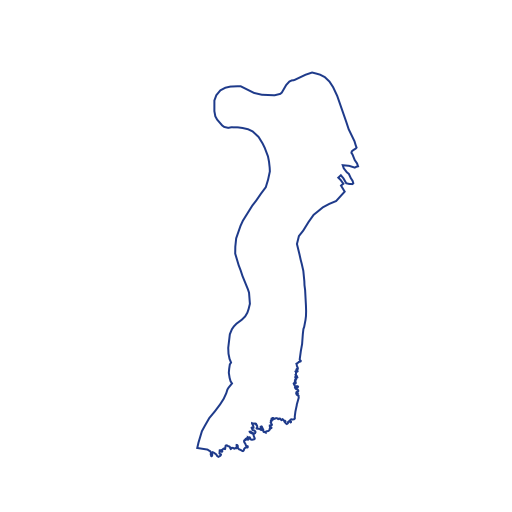 outline of Hadxaifong, Vientiane [prefecture], Laos, rotated 140°
{"feature_id": "54806243B62960887748037", "entity_name": "Hadxaifong", "entity_type": "district", "adm_level": 2, "iso_a3": "LAO", "parent_name": "Laos", "parent_adm1": "Vientiane [prefecture]", "projection": "equal_earth", "projection_center": [102.809, 17.911], "detail": "fine", "context": "isolated", "style": "outline", "palette": "blue", "viewbox_px": 512, "rotation_deg": 140, "n_neighbors": 0, "source": "geoboundaries", "source_scale": "gbopen_adm2", "svg_char_len": 6135}
<svg xmlns="http://www.w3.org/2000/svg" viewBox="0 0 512 512"><g transform="rotate(140 256 256)"><path d="M385.6,114.8L385.0,115.0L384.7,115.7L385.5,116.8L385.5,117.3L384.9,119.0L384.7,120.7L384.5,121.3L384.1,121.9L383.7,122.2L383.1,122.3L382.7,121.9L382.4,121.9L381.4,122.6L381.2,122.5L381.1,122.1L381.1,121.5L381.0,121.2L379.9,120.3L379.6,120.4L379.5,120.8L380.1,122.0L379.8,122.3L379.5,122.2L379.4,121.8L379.1,121.8L378.7,122.4L378.4,121.7L377.6,121.4L377.4,121.1L377.5,120.4L377.9,119.2L377.8,118.5L377.2,117.8L375.3,116.8L374.5,116.8L374.2,117.1L373.5,119.3L373.1,120.2L372.7,120.7L372.6,121.3L372.7,121.9L373.9,124.4L373.9,125.3L373.8,125.5L373.4,125.3L373.0,124.9L372.9,124.0L372.3,122.5L371.9,121.7L371.3,121.0L370.6,120.9L369.6,121.4L369.3,122.0L369.4,123.0L369.6,123.6L370.3,124.5L370.5,125.0L370.3,125.4L370.0,126.6L369.8,127.2L369.3,127.2L368.8,126.3L368.4,126.0L368.1,126.2L367.3,127.7L366.7,130.3L366.5,130.5L366.0,129.6L364.1,128.0L364.0,127.8L364.5,127.7L364.5,127.1L364.2,126.8L364.1,125.9L364.4,125.0L365.2,123.9L366.1,123.8L366.4,123.5L366.3,123.2L364.7,121.5L364.3,121.0L364.1,119.8L363.4,118.9L363.1,119.0L362.6,119.3L362.1,120.3L362.6,121.4L362.5,121.9L362.2,122.2L361.3,121.9L361.2,121.6L361.9,119.2L362.0,118.4L362.8,117.6L363.2,116.3L363.0,116.0L362.4,115.7L362.2,115.5L362.3,114.8L362.1,114.4L361.4,115.1L360.5,114.9L359.8,114.4L358.9,114.0L357.4,114.1L356.6,114.4L356.4,115.0L356.1,115.1L355.7,115.0L354.9,114.3L354.6,114.4L354.5,114.7L354.7,115.1L355.1,115.3L355.2,115.7L355.1,116.4L354.4,117.3L354.2,117.2L354.1,116.8L353.9,116.6L353.1,116.8L352.8,116.4L352.4,116.4L352.2,116.6L351.8,119.1L351.5,119.3L351.1,119.1L350.8,119.2L350.4,120.3L350.2,120.3L349.9,120.0L349.6,119.9L349.4,120.1L349.1,121.1L348.6,121.4L348.4,121.2L348.5,120.3L348.3,119.8L348.1,119.8L347.9,119.9L347.8,120.6L347.3,121.1L346.8,120.6L346.7,119.7L346.5,119.3L345.1,119.0L344.4,118.5L344.1,118.0L343.9,116.8L343.4,116.4L342.7,116.6L342.0,115.8L342.1,114.9L342.0,113.9L341.4,113.7L340.6,113.9L340.4,113.3L340.3,112.8L340.5,111.9L340.4,111.5L340.3,111.3L339.7,111.0L339.7,110.5L340.7,110.4L340.7,108.6L340.4,107.5L339.1,107.4L338.2,108.2L336.8,108.2L336.5,106.3L336.1,106.2L335.7,106.6L335.9,107.8L335.6,108.2L334.7,108.4L333.9,108.2L333.1,107.2L331.6,106.4L330.7,106.6L329.4,108.2L325.7,111.6L320.8,115.4L320.2,116.0L314.6,119.8L314.0,120.4L313.7,121.0L313.2,121.6L313.8,122.9L313.9,123.8L313.8,124.1L313.0,123.5L312.5,123.5L312.5,124.0L313.1,124.6L313.1,124.9L312.8,124.8L312.5,125.0L312.3,125.7L311.9,125.7L311.6,125.2L311.0,125.1L310.5,125.3L310.1,125.8L309.9,126.8L309.9,127.3L310.1,127.6L310.6,127.9L310.9,128.6L310.9,129.4L310.7,130.0L310.4,129.9L310.2,129.0L310.0,128.9L309.4,129.7L308.5,128.9L308.2,128.7L307.8,128.9L307.8,129.4L308.3,130.0L309.5,130.6L309.8,131.2L309.4,133.1L309.1,134.1L308.7,134.2L308.2,134.1L307.9,133.2L307.7,133.0L307.4,133.0L307.1,133.2L306.9,133.6L306.9,134.9L306.7,135.1L306.4,134.9L305.9,134.9L305.7,135.2L305.6,136.0L305.3,136.1L304.7,135.8L304.3,135.9L303.9,137.9L303.4,138.2L303.1,137.9L302.9,136.5L302.4,136.4L301.9,137.7L302.1,139.3L302.0,139.7L301.2,139.8L301.0,140.1L300.0,141.4L299.9,142.2L299.3,142.2L298.7,140.9L298.3,140.9L298.1,141.3L298.2,142.6L298.0,143.0L297.5,142.8L297.1,142.4L296.7,142.6L296.7,143.3L296.0,143.3L295.6,144.3L295.6,144.7L295.3,145.6L294.8,146.3L294.3,147.5L292.2,147.2L291.4,147.4L290.6,146.9L289.5,146.6L289.1,146.9L289.2,148.3L289.0,148.7L282.6,154.5L277.3,158.9L270.2,166.2L266.6,169.6L264.7,170.7L259.3,175.1L256.4,177.8L253.1,181.5L249.7,185.8L240.3,198.3L237.6,202.5L235.2,205.6L229.3,214.2L226.0,220.6L224.3,224.2L221.7,229.2L216.9,238.9L210.3,243.7L203.5,245.1L193.8,248.3L185.4,250.5L173.4,250.3L166.3,248.8L159.3,246.6L146.7,248.3L145.6,255.3L142.6,255.2L142.3,260.1L142.6,263.1L139.1,263.3L139.1,259.3L140.1,253.7L138.3,251.3L135.9,249.1L134.7,249.2L133.7,251.5L133.3,254.8L132.1,259.2L132.6,261.8L132.4,266.8L131.2,269.8L126.7,265.2L123.5,260.2L121.9,259.9L120.2,259.1L119.1,261.9L118.7,266.0L116.8,271.8L116.6,273.7L115.3,274.6L113.5,274.6L110.5,274.2L109.3,274.4L108.3,277.1L106.8,280.6L103.5,293.6L100.7,300.6L90.9,326.4L88.4,335.8L87.6,342.4L88.3,348.8L90.4,353.8L92.5,356.9L95.1,360.5L101.5,363.0L113.0,366.0L114.3,366.5L115.7,367.5L118.3,368.2L122.9,367.6L131.2,364.6L133.2,364.6L138.5,367.2L147.9,375.8L152.7,382.2L158.6,395.8L161.3,398.1L166.8,402.3L171.3,404.6L176.8,405.8L183.0,404.7L187.9,401.9L194.8,393.7L197.4,389.1L198.1,385.5L198.0,377.7L197.4,375.3L194.9,372.0L192.2,370.5L187.1,366.1L184.1,362.8L180.6,358.2L178.5,353.6L177.5,345.5L178.6,338.0L179.8,333.2L182.8,324.6L185.4,319.9L188.8,314.8L191.0,311.9L197.7,306.7L204.3,302.4L212.0,300.6L220.3,298.3L226.4,297.0L243.3,291.5L248.4,289.1L259.8,282.3L265.9,276.4L270.4,271.2L275.2,260.1L277.0,254.9L279.2,249.4L283.6,235.7L284.9,232.4L291.4,223.3L295.8,220.1L299.1,218.1L303.1,216.7L307.8,216.3L314.4,216.7L318.2,216.3L321.5,215.4L326.3,212.9L336.3,203.5L339.9,198.8L342.4,194.2L343.6,190.4L345.7,189.8L349.0,186.9L351.9,184.0L354.5,179.7L356.0,176.4L356.3,173.8L361.6,172.8L363.7,172.1L367.0,170.0L372.5,167.4L378.9,165.4L387.1,163.5L395.9,161.9L404.1,158.9L410.0,156.6L419.9,150.1L424.4,146.7L417.6,138.9L416.9,136.6L416.6,136.0L416.7,134.9L417.1,134.2L418.3,133.0L418.6,132.1L418.9,131.6L418.8,131.2L418.5,131.1L417.8,131.4L417.2,131.9L416.7,133.1L416.0,133.6L415.3,133.6L414.6,132.0L414.0,129.5L414.3,127.9L413.9,126.3L411.9,125.9L411.1,126.0L410.4,126.5L410.7,127.1L410.9,128.2L408.7,130.5L408.4,130.4L408.2,130.1L408.2,128.2L407.7,127.9L407.3,128.1L407.1,128.9L406.8,129.4L406.3,129.2L405.1,129.3L404.5,129.2L404.2,128.4L403.8,128.0L403.4,128.2L402.8,129.0L402.0,129.4L401.4,130.1L401.1,130.2L400.5,130.1L399.9,129.4L399.6,128.1L399.1,127.6L398.8,127.0L398.8,126.4L399.2,125.6L399.4,124.4L398.9,124.3L398.4,124.7L398.0,124.7L397.1,123.9L396.5,122.9L396.5,122.4L395.2,122.1L395.0,121.6L394.6,121.3L394.1,121.1L392.9,123.1L392.3,123.7L392.0,123.4L391.9,122.6L392.3,121.9L392.9,121.3L393.3,120.2L393.3,119.4L393.2,118.7L392.5,117.5L391.7,115.2L391.3,114.9L390.7,114.9L389.9,115.2L388.9,115.9L387.4,116.0L386.6,115.7L385.6,114.8Z" fill="none" stroke="#1e3a8a" stroke-width="2"/></g></svg>